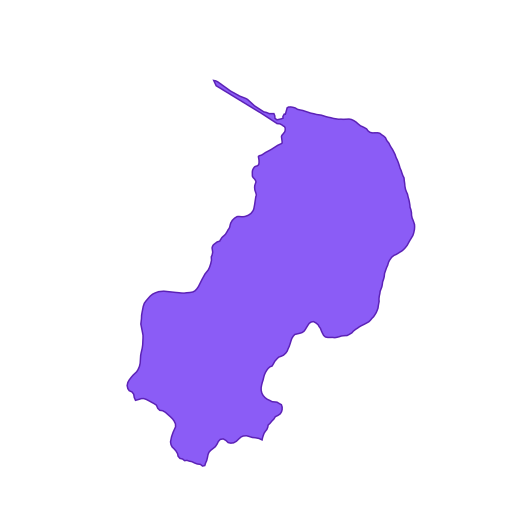 I-1 Barima, Barima-Waini, Guyana, rotated 340°
{"feature_id": "73187651B60550575754674", "entity_name": "I-1 Barima", "entity_type": "district", "adm_level": 2, "iso_a3": "GUY", "parent_name": "Guyana", "parent_adm1": "Barima-Waini", "projection": "mercator", "projection_center": [-60.025, 7.862], "detail": "fine", "context": "isolated", "style": "filled", "palette": "violet", "viewbox_px": 512, "rotation_deg": 340, "n_neighbors": 0, "source": "geoboundaries", "source_scale": "gbopen_adm2", "svg_char_len": 5456}
<svg xmlns="http://www.w3.org/2000/svg" viewBox="0 0 512 512"><g transform="rotate(340 256 256)"><path d="M335.7,127.6L335.7,127.8L332.1,132.8L331.1,132.3L329.0,134.1L328.6,135.7L326.8,135.8L322.3,135.2L320.9,133.1L321.6,130.7L321.5,128.3L320.3,127.9L317.3,126.8L317.2,126.8L314.8,124.6L312.9,123.4L312.7,123.3L305.9,114.3L301.6,106.0L300.3,104.5L295.3,100.1L288.5,92.3L279.6,79.2L278.0,77.6L277.1,77.1L276.3,76.6L276.8,82.4L308.4,122.0L308.9,122.5L320.1,137.4L321.1,138.7L321.1,138.8L323.7,140.0L325.5,142.1L326.2,143.3L327.0,144.1L327.2,145.7L326.8,146.9L326.3,148.0L325.5,149.1L323.3,150.5L321.7,151.4L321.0,152.1L320.7,152.7L319.7,157.3L319.4,158.3L318.9,158.9L318.2,159.1L314.3,159.4L307.2,161.0L305.5,161.3L300.3,162.0L298.0,162.6L295.6,163.1L293.5,162.9L292.7,163.1L292.4,163.2L292.2,163.6L291.6,167.0L290.8,169.3L289.9,170.9L289.3,171.3L288.1,171.7L286.0,171.6L285.1,171.8L283.7,172.7L282.6,173.7L282.0,174.4L281.3,175.7L279.9,179.7L280.1,181.2L281.0,183.3L281.2,184.0L281.4,185.6L281.3,186.4L278.9,189.4L278.1,191.2L277.5,193.6L277.4,197.1L277.2,198.7L276.6,199.7L276.1,200.2L272.3,207.2L270.3,210.6L269.1,212.1L268.2,212.8L265.8,214.3L263.0,215.0L261.8,215.1L259.4,215.1L258.1,214.9L256.2,214.3L253.4,213.0L251.7,212.5L248.8,213.1L245.9,214.4L243.6,216.3L242.4,217.9L241.0,220.1L239.6,221.3L238.6,221.9L237.8,222.7L234.8,225.1L232.8,226.0L231.9,226.3L230.3,227.0L227.9,228.8L227.2,229.5L226.2,229.6L225.2,229.5L224.2,229.5L220.7,230.6L219.7,231.0L219.0,231.5L217.8,232.8L217.4,233.7L216.7,237.2L216.4,238.0L215.0,240.2L213.7,241.5L212.7,244.8L210.7,247.9L208.4,250.8L206.3,252.8L202.0,255.4L197.3,259.5L191.5,265.0L189.1,266.7L186.6,267.9L184.3,268.2L181.4,267.7L178.2,266.8L175.7,266.3L173.3,265.3L170.5,263.9L167.7,262.6L157.3,257.5L152.3,256.2L148.7,256.2L145.8,256.5L142.9,257.5L140.3,258.9L137.6,260.4L134.9,262.2L132.8,264.8L129.5,270.3L128.2,272.6L126.9,275.8L124.5,280.6L123.1,289.6L122.7,291.9L121.7,294.6L119.1,300.8L117.5,303.8L114.9,307.8L113.6,310.0L110.5,317.1L108.7,319.9L106.2,322.5L104.2,324.0L99.8,325.9L97.3,327.3L94.5,329.1L92.3,331.0L90.6,333.7L90.2,336.8L90.8,339.2L93.0,341.4L93.8,344.1L93.2,347.3L93.4,350.4L96.9,350.7L99.5,350.8L101.8,351.6L103.8,353.2L106.2,355.8L107.9,357.8L109.7,359.8L111.4,362.1L111.6,365.6L112.8,368.1L115.3,369.4L117.4,371.9L120.6,377.8L121.9,380.6L122.6,383.0L122.9,386.2L122.0,389.0L117.8,393.3L114.8,397.0L112.1,401.4L111.6,404.2L111.9,406.8L113.0,409.0L114.1,411.8L114.7,415.0L114.3,417.5L115.3,420.2L117.6,421.7L118.9,423.9L121.2,424.4L123.1,425.9L125.5,427.4L127.4,429.4L129.6,431.3L132.5,432.8L133.9,435.1L136.2,435.4L137.9,433.2L139.6,431.5L141.3,429.0L143.0,426.2L144.6,424.4L146.8,423.2L152.5,421.3L155.0,419.5L157.2,417.4L159.7,416.1L162.7,416.7L164.7,419.1L166.0,421.8L168.2,423.2L171.0,423.9L174.2,423.4L177.3,422.0L180.2,420.9L182.5,420.8L185.5,421.6L187.5,423.0L190.5,425.3L193.1,426.5L196.3,428.4L198.7,430.8L198.8,430.9L200.0,429.0L201.3,427.3L203.0,425.3L204.9,423.9L206.9,422.7L208.5,420.9L209.6,419.0L211.8,418.1L214.7,416.4L216.9,415.4L219.2,413.6L222.1,413.3L224.8,412.6L226.7,411.1L228.0,409.3L228.9,406.9L229.0,404.4L227.4,402.6L225.7,400.5L223.6,399.5L221.3,398.4L219.5,396.4L217.5,394.4L216.0,392.1L215.0,389.6L214.6,386.9L214.9,384.1L215.8,381.5L217.2,379.1L218.7,376.9L220.2,375.0L221.9,372.4L223.2,370.6L225.1,368.6L227.1,367.0L228.9,365.8L231.2,364.9L233.5,364.9L235.8,363.0L237.6,361.4L240.3,359.9L242.7,358.8L245.6,358.8L247.9,358.6L250.8,357.4L252.8,356.0L254.4,354.2L256.2,352.4L258.2,349.9L260.1,347.4L261.4,345.8L263.5,344.1L265.6,343.0L268.3,343.3L270.8,343.6L273.0,343.7L275.2,343.2L277.1,342.0L278.8,340.6L281.1,338.8L282.9,337.5L285.3,336.9L287.6,337.3L289.4,339.4L290.8,341.7L291.2,344.0L291.8,346.1L291.8,348.7L292.0,350.9L292.4,353.8L293.5,355.8L295.6,357.1L297.8,357.9L299.9,358.6L302.1,359.7L304.4,360.1L306.5,360.3L309.1,360.4L312.2,361.2L314.4,361.9L317.2,361.5L319.8,361.0L321.8,359.9L324.5,359.0L326.8,358.5L328.9,357.9L331.2,357.5L334.1,357.2L337.0,356.8L339.5,356.4L341.5,355.5L343.7,354.2L345.7,353.3L347.6,351.9L349.5,350.4L351.2,348.6L352.8,346.7L353.9,344.6L355.0,342.7L356.1,340.9L356.9,338.3L358.1,335.9L359.5,333.7L360.6,331.6L363.7,328.0L364.8,326.2L366.1,323.7L368.1,321.2L369.4,319.3L370.8,316.4L372.9,313.8L374.7,311.6L376.5,309.8L378.4,307.2L380.0,305.7L383.0,303.6L385.9,302.6L388.1,302.5L390.3,302.1L392.5,301.6L394.7,301.2L396.9,300.4L399.1,299.3L401.8,297.6L403.6,296.0L405.9,294.0L408.3,292.1L410.4,290.4L412.2,288.1L414.0,285.2L415.0,282.9L415.7,280.7L415.8,278.4L415.8,276.0L415.7,273.7L416.1,270.9L416.9,268.5L417.4,265.3L417.4,262.9L418.0,260.8L418.5,258.2L418.9,255.7L419.1,252.7L419.5,249.7L419.3,247.2L419.3,244.4L419.8,241.3L420.5,238.8L421.1,235.9L421.8,233.2L421.5,230.6L421.5,228.4L421.6,225.3L421.4,222.7L421.6,220.2L421.7,216.8L421.6,214.1L421.3,211.1L421.4,208.3L421.1,205.5L420.7,202.5L420.1,200.0L419.7,197.7L419.5,195.5L418.4,192.3L418.1,189.1L417.0,187.0L415.6,185.1L414.3,183.0L412.4,181.8L409.8,180.9L407.4,180.1L405.3,178.7L404.0,176.6L403.4,174.4L401.9,172.6L400.4,171.0L398.7,169.4L397.2,166.9L395.8,164.3L394.2,162.2L392.3,160.3L390.2,159.1L387.5,158.3L384.7,157.4L382.7,156.5L380.3,155.7L378.5,154.7L375.8,153.2L373.4,151.5L371.5,150.4L369.3,148.9L367.3,147.3L365.4,145.9L363.5,144.9L361.4,143.8L359.0,142.1L356.2,140.4L354.1,138.7L351.8,136.9L349.8,135.3L347.3,133.8L345.2,132.4L343.5,130.3L341.7,129.0L339.6,127.8L337.3,127.1L335.7,127.6Z" fill="#8b5cf6" stroke="#5b21b6" stroke-width="1.5"/></g></svg>